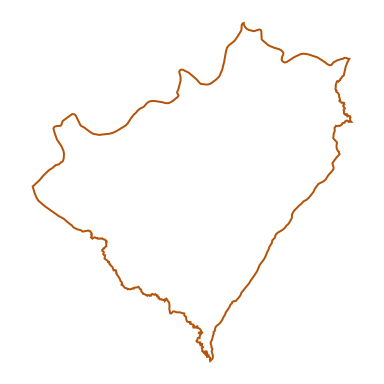 outline of Khao Wong, Kalasin, Thailand, rotated 270°
{"feature_id": "78962969B54306826324199", "entity_name": "Khao Wong", "entity_type": "district", "adm_level": 2, "iso_a3": "THA", "parent_name": "Thailand", "parent_adm1": "Kalasin", "projection": "orthographic", "projection_center": [104.055, 16.69], "detail": "fine", "context": "isolated", "style": "outline", "palette": "amber", "viewbox_px": 384, "rotation_deg": 270, "n_neighbors": 0, "source": "geoboundaries", "source_scale": "gbopen_adm2", "svg_char_len": 5933}
<svg xmlns="http://www.w3.org/2000/svg" viewBox="0 0 384 384"><g transform="rotate(270 192 192)"><path d="M197.5,32.7L190.4,34.8L186.2,36.6L183.4,38.3L177.8,44.8L167.9,58.8L165.2,63.8L160.8,68.8L158.5,72.0L157.2,72.9L155.9,74.6L154.7,77.2L153.8,80.9L152.4,82.7L153.5,88.4L152.8,89.4L152.8,90.2L150.4,91.7L149.3,91.2L149.1,91.8L148.0,91.8L146.6,91.0L145.4,92.3L146.7,94.4L145.7,97.0L146.0,97.5L145.3,97.9L145.2,99.2L145.6,100.1L145.3,101.3L145.7,102.1L144.8,103.1L144.5,104.5L143.7,105.4L143.4,106.3L142.4,106.7L141.7,106.6L141.7,106.1L137.8,106.4L137.3,105.4L136.4,104.9L136.1,104.3L135.7,104.2L135.8,103.8L134.0,102.2L133.2,102.3L132.4,103.5L131.4,103.9L130.6,103.3L129.6,103.3L128.6,104.5L128.6,105.1L125.4,104.5L123.1,107.8L122.0,108.0L122.0,109.1L120.2,109.3L119.4,110.0L119.5,110.3L118.2,111.0L117.1,112.4L114.2,113.4L114.1,113.9L113.5,114.1L113.8,114.9L113.5,116.1L111.6,116.2L111.2,116.5L110.7,116.3L110.6,116.6L109.6,116.9L105.8,119.5L103.1,120.5L101.8,121.7L101.0,122.0L100.2,122.2L99.9,121.6L99.2,121.5L98.7,122.8L96.3,124.6L95.6,126.8L94.8,127.7L95.1,128.2L94.7,129.5L94.9,131.0L95.8,133.1L95.4,133.7L96.3,134.3L96.6,137.0L97.2,138.5L94.7,140.2L94.6,140.9L93.8,141.4L92.6,141.3L90.8,142.7L90.7,143.2L90.1,143.3L89.3,145.8L88.8,146.1L88.3,147.1L88.9,147.4L88.9,149.1L88.2,149.5L88.6,150.8L88.4,151.0L88.9,151.4L89.6,151.3L90.0,152.5L89.2,154.3L89.8,155.3L89.3,155.6L89.2,156.5L88.5,156.7L88.5,157.4L87.6,157.3L87.2,158.5L85.8,158.6L85.8,159.2L85.4,159.2L84.7,160.0L84.8,161.1L84.4,161.3L84.4,162.5L84.0,163.2L84.3,164.3L83.8,164.1L83.7,164.7L83.1,164.8L83.7,165.3L84.7,165.3L84.7,165.7L85.2,166.2L84.4,166.6L84.4,167.2L83.1,167.8L81.3,169.2L78.1,169.5L75.0,169.3L70.7,170.2L70.6,171.2L72.4,173.0L72.6,174.2L71.7,176.7L71.7,180.1L70.8,182.3L70.6,184.3L68.3,184.4L66.9,186.2L65.2,186.1L62.7,186.9L62.0,188.1L62.0,190.5L61.5,190.6L60.7,190.0L60.0,190.3L59.6,192.7L58.3,194.2L57.7,194.3L57.3,193.2L56.5,193.4L56.5,196.0L57.6,196.8L57.7,197.4L55.9,197.7L55.6,199.1L54.6,200.3L51.3,202.2L50.9,201.6L51.7,200.0L51.4,198.9L50.8,199.0L50.3,200.7L49.9,200.9L48.6,199.9L46.0,199.6L46.3,198.6L45.8,197.7L43.9,197.4L43.4,196.7L42.8,196.5L42.2,196.9L41.6,198.1L41.6,200.1L40.1,200.0L38.7,200.5L38.8,201.1L40.1,201.6L40.1,202.1L38.2,201.9L36.8,203.0L36.0,201.8L34.6,202.3L32.8,202.2L32.4,202.6L32.4,204.1L31.2,203.9L30.9,204.2L31.0,205.6L31.4,205.8L32.5,205.5L32.7,206.0L32.6,206.6L29.9,207.4L30.2,205.9L30.0,205.4L29.6,205.3L28.4,207.0L27.2,207.1L27.3,207.5L28.4,208.0L28.5,208.6L27.4,208.6L26.2,210.1L24.1,209.9L23.0,210.2L25.1,212.3L26.8,212.9L28.7,212.8L32.5,211.7L35.4,212.4L36.4,211.5L37.7,211.5L41.2,210.6L44.9,212.2L48.5,213.0L49.9,213.7L52.0,213.5L53.0,214.7L56.2,215.3L57.2,215.8L58.6,217.1L59.4,218.4L61.2,220.2L63.7,222.0L67.1,223.6L68.8,224.7L71.7,225.9L76.7,229.3L79.4,230.5L80.6,231.9L81.8,232.2L82.7,233.3L83.0,235.7L86.9,239.2L88.8,240.5L90.6,241.1L91.8,241.8L100.9,249.3L103.0,250.4L110.3,255.5L113.0,257.2L118.9,259.6L124.6,263.9L127.4,265.4L132.2,267.3L133.9,268.3L137.1,269.4L141.0,271.8L143.8,272.4L146.3,274.9L148.6,275.4L149.6,275.9L151.3,277.7L154.1,282.5L156.3,285.0L158.2,286.3L159.7,288.0L160.7,288.9L165.9,291.8L169.9,292.1L173.2,294.0L178.9,299.6L180.2,301.4L182.6,303.4L184.2,306.5L186.6,309.2L192.3,313.6L194.8,314.6L200.0,318.3L202.7,323.6L204.6,325.8L208.5,328.1L212.7,331.9L215.0,333.5L216.5,333.6L220.4,332.5L221.2,332.6L227.3,337.1L227.9,338.0L229.9,339.6L230.9,339.1L232.0,339.1L232.6,338.2L235.1,336.8L238.0,336.5L241.6,337.0L244.9,333.9L245.8,333.3L250.3,333.7L253.0,334.8L256.0,334.5L258.2,336.0L257.8,337.3L258.3,338.7L258.0,339.7L259.5,341.9L260.9,342.5L261.3,344.6L262.2,344.8L263.3,346.1L263.4,347.2L262.8,348.0L262.8,348.4L262.1,348.6L262.2,351.3L263.3,350.2L265.8,350.1L266.4,350.5L267.6,350.1L267.4,349.6L268.2,348.5L267.7,347.4L268.3,347.3L268.6,346.9L269.2,347.2L269.9,346.8L269.6,346.3L269.8,345.6L269.3,345.2L270.4,344.1L271.5,343.9L272.4,344.1L274.2,343.7L274.8,344.0L275.5,344.9L277.4,343.4L277.9,343.7L278.3,343.3L279.5,343.6L279.9,344.3L280.3,344.0L281.1,344.0L281.4,343.1L281.2,341.6L282.5,340.1L283.1,340.2L283.3,339.4L284.7,340.0L287.3,339.1L289.4,339.1L290.7,338.2L292.5,336.1L293.0,336.1L293.5,336.5L294.6,335.5L297.5,335.8L298.5,335.6L302.3,336.8L302.9,337.3L302.3,338.4L303.5,339.4L303.8,340.0L304.9,340.2L305.6,341.2L307.4,342.1L308.4,343.7L317.3,345.7L321.5,347.3L325.2,349.3L325.3,348.0L326.1,345.9L326.1,344.2L325.2,343.0L325.0,341.4L323.4,336.7L321.5,333.3L319.2,331.6L318.7,329.9L319.9,327.2L321.4,325.5L326.5,317.7L329.4,309.1L330.1,305.8L330.3,303.3L329.8,300.5L328.3,297.3L327.1,294.6L322.2,287.1L321.6,285.5L321.6,284.3L322.8,282.4L324.5,281.6L327.1,282.1L329.5,283.3L331.0,283.3L332.3,282.6L333.8,281.1L334.8,279.2L336.3,274.0L338.2,269.4L339.1,267.9L344.0,262.2L344.9,261.6L352.2,261.4L353.8,260.9L354.3,260.1L354.5,259.1L352.8,253.9L354.1,248.6L355.4,246.5L357.3,244.9L359.2,243.9L361.0,243.7L360.6,242.7L358.9,241.7L354.9,241.5L353.2,241.1L346.5,236.9L343.1,234.5L338.5,228.7L336.0,226.9L331.7,225.8L322.4,224.2L314.6,222.3L308.2,219.6L307.1,218.9L304.6,216.3L300.5,210.9L299.6,208.3L299.4,206.7L300.1,200.9L300.8,199.9L304.6,196.6L311.3,188.8L314.2,182.9L314.4,181.5L314.1,180.5L313.5,179.8L312.1,179.2L307.0,180.6L302.9,180.5L294.9,178.4L291.7,177.1L290.9,177.2L288.7,178.5L287.5,178.2L283.2,173.0L281.6,170.4L280.8,168.1L280.9,165.5L281.8,162.2L283.1,154.0L282.9,151.0L282.3,148.8L280.6,146.7L277.2,143.8L275.3,139.9L273.7,137.9L271.1,135.8L269.2,133.6L266.2,131.3L260.5,127.6L258.5,125.7L252.6,116.0L251.2,112.8L250.3,109.6L249.1,99.1L250.1,93.4L252.0,90.1L256.7,83.9L257.9,81.4L258.7,80.5L267.8,76.1L269.3,75.1L269.8,73.9L269.9,72.1L263.0,62.7L258.8,61.2L258.4,60.7L258.1,59.9L258.0,57.0L257.4,54.8L256.6,53.9L255.4,53.5L251.4,54.5L244.4,57.0L238.1,61.3L233.3,63.4L230.3,64.0L225.6,63.7L223.4,63.1L222.3,62.4L221.9,61.3L219.6,58.8L219.0,55.9L216.0,52.4L213.8,48.9L208.6,43.5L203.6,39.3L197.5,32.7Z" fill="none" stroke="#b45309" stroke-width="2"/></g></svg>